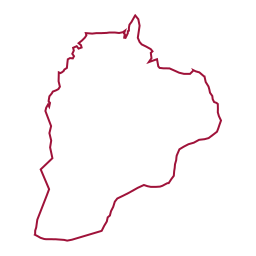 Pyrga Larnakas, Larnaca, Cyprus
{"feature_id": "46923920B28061870845147", "entity_name": "Pyrga Larnakas", "entity_type": "district", "adm_level": 2, "iso_a3": "CYP", "parent_name": "Cyprus", "parent_adm1": "Larnaca", "projection": "equal_earth", "projection_center": [33.443, 34.902], "detail": "fine", "context": "isolated", "style": "outline", "palette": "rose", "viewbox_px": 256, "rotation_deg": 0, "n_neighbors": 0, "source": "geoboundaries", "source_scale": "gbopen_adm2", "svg_char_len": 1957}
<svg xmlns="http://www.w3.org/2000/svg" viewBox="0 0 256 256"><path d="M135.2,15.4L135.1,15.5L131.4,22.1L129.5,24.6L128.9,27.8L128.9,30.7L127.8,31.2L127.8,33.3L126.9,35.1L125.5,37.9L124.2,37.7L124.4,36.2L124.9,34.4L124.0,33.5L125.0,30.7L122.9,32.2L119.1,33.0L114.6,32.5L109.6,32.5L106.6,32.9L102.0,33.1L96.6,33.1L92.2,33.6L85.8,33.1L86.4,35.3L84.9,37.6L82.0,40.5L78.6,43.2L81.0,45.2L81.6,47.5L78.6,48.6L76.7,46.2L73.1,47.8L73.8,50.6L72.3,53.8L74.0,56.2L72.8,58.4L70.0,58.1L67.8,59.3L67.4,62.7L66.9,67.9L64.3,69.6L63.8,70.8L62.1,72.2L60.4,73.1L58.8,72.4L58.6,81.3L59.9,86.7L58.4,89.1L55.9,90.4L52.8,91.6L51.8,93.4L49.4,96.3L49.0,98.6L48.6,101.2L50.0,102.9L49.2,106.6L48.1,104.4L46.2,107.7L45.4,111.0L51.1,126.1L49.4,133.1L51.2,140.6L50.1,147.4L52.4,158.2L40.7,169.4L49.1,189.2L46.7,195.6L37.3,219.7L36.2,227.5L35.2,230.6L35.1,234.7L35.0,234.8L37.9,236.3L40.5,237.8L44.2,239.0L46.1,239.2L50.8,239.2L56.1,239.3L58.7,239.5L64.1,239.9L67.1,240.6L67.3,240.6L72.0,239.7L100.9,231.1L101.7,230.8L104.2,225.8L106.8,221.5L107.7,217.4L109.9,215.5L111.0,211.2L113.2,206.9L114.8,201.7L117.3,198.5L122.5,196.0L128.5,193.0L137.8,187.8L143.9,185.0L147.5,186.2L151.0,186.9L155.5,186.9L160.0,186.6L162.4,185.8L165.0,184.4L167.3,183.2L168.7,183.1L171.4,179.0L173.8,175.8L174.2,171.0L174.7,167.9L175.0,164.3L176.2,160.1L176.4,157.6L176.7,155.6L179.4,149.3L183.7,146.7L188.5,144.2L193.8,142.7L199.1,139.8L204.5,139.2L208.6,138.1L213.4,134.5L217.0,131.7L218.3,128.3L219.5,124.7L221.0,120.5L218.9,116.1L217.8,112.3L217.9,108.8L217.8,104.0L216.5,102.9L214.1,102.0L212.7,99.2L212.3,96.0L210.0,92.7L209.3,89.3L208.5,86.5L205.7,82.0L204.5,76.5L204.2,76.5L199.4,72.4L195.6,71.3L193.4,70.2L193.5,70.4L190.0,73.9L184.1,73.9L179.1,72.7L174.7,70.7L169.5,68.4L163.2,68.3L159.6,67.9L158.3,66.4L157.0,59.2L148.8,62.1L151.5,58.2L150.8,52.9L152.5,51.3L150.7,49.1L146.2,46.6L141.7,44.4L139.6,42.0L137.8,37.8L139.6,25.7L138.3,19.2L135.2,15.4Z" fill="none" stroke="#9f1239" stroke-width="2"/></svg>